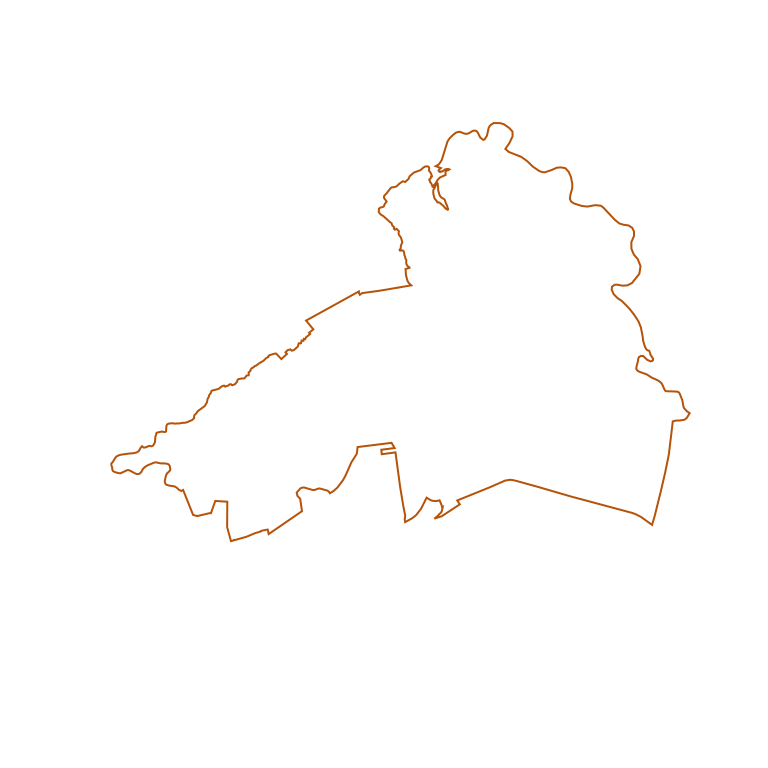 Canterbury-Bankstown, New South Wales, Australia, rotated 162°
{"feature_id": "25037944B74578967995842", "entity_name": "Canterbury-Bankstown", "entity_type": "district", "adm_level": 2, "iso_a3": "AUS", "parent_name": "Australia", "parent_adm1": "New South Wales", "projection": "orthographic", "projection_center": [151.073, -33.924], "detail": "fine", "context": "isolated", "style": "outline", "palette": "amber", "viewbox_px": 768, "rotation_deg": 162, "n_neighbors": 0, "source": "geoboundaries", "source_scale": "gbopen_adm2", "svg_char_len": 6164}
<svg xmlns="http://www.w3.org/2000/svg" viewBox="0 0 768 768"><g transform="rotate(162 384 384)"><path d="M667.9,392.6L668.3,391.4L668.4,388.1L668.9,386.2L668.7,385.0L667.1,383.3L663.9,381.2L662.2,380.5L655.0,381.4L653.8,381.2L652.0,379.8L648.4,375.9L646.6,374.5L644.4,374.2L642.1,375.2L639.4,377.8L637.2,378.9L634.0,379.7L627.9,380.2L626.0,380.2L624.6,379.7L620.9,377.5L617.2,376.3L614.2,374.7L613.5,373.7L613.1,372.4L613.6,368.8L614.5,367.7L618.1,365.9L619.5,364.5L622.3,359.9L622.7,358.8L622.7,356.6L622.2,355.6L620.1,354.0L614.8,351.3L613.0,349.2L611.8,346.8L609.8,344.9L607.8,345.3L606.0,318.4L602.4,316.1L589.1,315.0L588.5,314.6L580.6,324.9L569.4,320.5L577.4,296.4L578.1,281.8L576.3,281.7L575.0,282.1L574.8,281.7L562.1,281.2L552.5,282.0L546.9,281.8L546.4,282.3L541.7,281.8L539.6,281.5L540.0,276.9L501.3,288.4L499.2,300.7L500.9,304.4L500.6,307.7L496.2,310.3L494.6,310.8L492.0,310.3L484.4,305.1L482.6,304.7L478.2,304.8L476.8,304.1L470.6,300.0L469.6,298.3L469.2,296.8L465.4,297.7L460.1,300.0L452.6,305.3L449.0,308.7L439.0,319.8L431.7,325.8L431.0,326.9L428.6,332.2L395.0,325.7L393.7,319.8L406.9,322.3L407.8,317.9L394.2,315.4L400.5,280.9L403.4,261.6L404.4,252.8L405.0,250.9L406.2,248.7L406.6,246.1L398.8,247.6L394.6,249.1L392.7,250.2L387.2,254.0L378.6,262.7L375.4,259.0L373.7,257.8L370.5,256.5L367.1,256.2L366.6,250.1L366.8,248.8L366.1,248.9L368.4,245.1L369.3,244.3L374.2,241.7L377.7,240.4L370.0,240.4L349.1,246.1L350.3,250.6L315.0,253.1L298.7,254.7L294.3,254.1L291.9,253.2L288.8,251.4L270.0,239.0L240.9,219.2L187.8,184.7L185.2,182.7L180.7,178.2L172.6,167.2L167.6,174.4L154.2,195.9L144.2,212.5L135.0,228.7L120.9,259.2L117.7,259.0L114.0,257.9L109.6,257.2L108.1,257.5L106.4,258.3L102.3,261.8L104.3,264.4L106.0,268.1L106.2,269.9L105.3,276.4L105.7,283.3L106.1,284.8L106.9,285.7L108.4,286.5L117.4,289.8L118.6,290.6L119.0,292.3L119.5,297.6L120.2,299.7L121.2,301.3L122.8,303.2L127.2,307.1L131.1,311.9L137.3,316.7L138.9,318.4L139.4,320.6L138.4,322.6L135.4,327.3L134.3,329.6L133.2,330.8L131.0,331.3L128.8,330.5L126.3,325.8L123.6,323.2L122.0,323.0L120.8,323.5L120.3,325.0L121.5,329.4L121.4,331.0L121.5,333.6L123.2,334.8L123.8,336.2L124.3,338.7L124.2,345.1L123.4,348.8L122.2,358.4L122.6,364.7L124.6,372.3L127.0,378.9L129.3,383.9L132.0,389.2L135.2,393.3L137.8,398.4L138.3,403.4L137.1,406.1L134.1,407.1L131.7,406.5L126.8,403.8L122.0,402.6L117.0,403.4L107.1,409.9L103.6,416.8L104.1,424.5L106.4,429.9L106.9,436.2L104.9,442.5L100.5,447.5L99.1,451.9L99.7,455.9L102.4,459.2L107.1,461.5L110.6,464.0L113.7,468.8L120.8,483.8L122.6,486.5L127.8,488.8L135.8,489.9L140.8,492.2L147.4,496.9L149.7,499.7L150.0,502.7L148.1,506.6L144.6,511.8L143.1,516.0L142.2,523.2L142.8,528.7L144.7,533.1L148.5,535.2L152.6,536.3L158.9,535.7L165.6,535.6L168.0,536.6L170.5,538.6L175.1,544.5L179.0,551.8L183.3,557.6L193.7,566.2L195.9,570.1L190.3,574.4L185.1,579.9L183.8,584.3L185.6,588.5L189.6,593.9L192.9,596.2L199.0,598.3L202.4,597.4L203.9,596.6L205.4,595.1L209.3,588.4L212.8,585.5L214.2,585.5L216.3,588.7L217.2,594.5L217.9,596.0L219.3,597.0L221.5,597.3L225.9,596.2L228.3,596.4L230.5,597.5L233.8,600.4L235.8,600.8L237.9,600.8L242.0,599.3L245.7,597.4L248.7,595.0L259.7,579.4L261.8,577.5L264.3,575.8L267.5,575.2L263.2,571.8L264.8,571.2L266.1,570.3L266.2,569.7L265.3,568.3L264.8,568.1L264.1,568.6L262.6,568.1L260.0,569.1L258.8,569.2L256.5,568.7L255.5,567.9L256.7,567.5L259.2,567.6L259.6,567.3L260.1,566.3L260.8,563.8L267.0,563.1L270.0,561.5L272.6,559.2L272.2,558.3L271.1,558.5L271.0,558.3L271.5,555.3L272.6,551.5L272.8,546.5L272.1,544.0L269.6,541.1L269.3,540.2L269.3,536.9L268.9,534.0L269.1,532.1L268.9,531.1L269.1,530.3L269.5,530.0L271.2,531.8L272.5,535.1L275.0,539.1L275.6,539.7L277.1,540.2L277.4,542.0L278.3,543.9L278.6,545.3L278.3,549.8L277.4,552.6L276.8,553.7L275.3,554.8L272.9,557.4L273.1,558.2L273.7,558.4L274.3,558.1L275.4,557.6L277.1,555.7L276.8,556.7L277.0,559.3L277.2,560.6L277.8,561.9L277.6,563.0L277.9,564.0L277.6,564.6L276.1,565.1L275.2,566.6L274.3,566.5L274.1,567.0L274.5,571.1L275.3,573.0L274.4,575.3L274.3,576.3L275.3,577.6L277.5,578.1L279.6,577.7L283.2,576.1L290.0,575.9L295.4,573.7L297.5,571.3L301.5,569.6L303.2,570.9L303.8,570.9L307.5,569.8L310.7,568.2L313.0,568.0L315.7,568.6L317.1,568.3L322.2,564.8L325.3,563.1L325.9,562.6L326.5,561.0L325.1,556.7L327.5,555.1L329.3,553.0L330.4,552.7L333.1,552.9L334.6,552.3L335.7,549.6L335.8,548.8L334.8,546.3L332.7,543.8L328.3,536.2L327.1,534.6L327.2,532.5L325.9,529.8L326.6,528.8L326.2,527.6L325.5,527.4L324.1,527.7L322.6,524.7L323.6,522.8L323.7,521.3L322.6,517.9L322.8,513.0L325.1,510.5L326.4,507.5L327.7,506.9L327.5,505.8L325.7,505.6L324.4,504.7L324.2,503.2L324.8,500.1L324.5,498.4L324.9,497.0L324.4,495.1L325.3,492.9L325.6,491.0L325.5,490.2L324.9,488.5L323.8,487.1L323.8,486.6L328.0,486.7L329.5,480.5L329.8,475.0L329.3,472.6L327.6,469.4L359.6,474.1L376.7,477.2L379.4,476.3L379.7,477.9L379.3,479.8L438.5,468.4L434.3,457.8L439.4,455.9L438.8,454.4L443.7,452.5L445.1,451.0L446.3,451.7L447.3,450.0L448.9,450.8L450.3,448.4L450.7,448.3L452.5,449.1L454.5,446.2L459.2,444.1L461.5,444.2L462.2,445.8L465.1,446.0L467.9,444.6L467.0,442.6L473.9,439.4L477.2,446.3L478.8,446.7L484.2,446.8L485.6,446.0L485.7,445.4L487.9,445.1L491.5,443.3L496.6,442.2L499.9,441.0L501.3,441.0L503.3,440.1L504.4,440.1L506.3,439.0L507.1,437.7L509.2,436.8L509.7,434.6L510.1,434.1L512.1,434.5L514.4,432.8L515.6,432.5L517.4,433.2L521.1,433.6L522.1,433.0L523.1,431.5L526.0,429.8L528.6,429.7L529.0,430.0L529.4,430.9L530.8,431.4L532.3,430.7L535.9,430.6L536.3,431.7L537.3,432.0L539.9,431.7L541.9,430.7L544.0,430.5L549.8,430.9L550.4,430.6L551.5,429.0L553.7,427.4L554.8,425.7L556.4,424.3L558.1,421.2L561.4,418.4L569.6,415.7L572.0,413.8L573.8,413.1L574.6,412.0L575.1,410.2L577.9,408.9L580.9,408.8L582.2,408.5L585.1,408.6L587.4,409.3L591.2,409.8L592.7,410.4L595.1,410.9L597.4,412.1L601.2,412.9L602.9,412.5L603.8,411.5L606.0,406.2L606.6,406.0L607.8,406.2L609.9,407.4L614.8,407.9L615.7,407.6L616.4,406.0L617.6,404.8L619.8,399.5L620.4,398.8L622.6,396.8L624.5,396.6L626.3,397.7L630.8,397.4L632.3,397.9L633.4,399.6L635.1,398.6L637.9,396.0L640.5,395.3L644.3,395.7L646.7,396.4L656.4,398.1L658.7,398.1L660.2,397.9L661.9,397.2L666.1,393.6L667.9,392.6Z" fill="none" stroke="#b45309" stroke-width="2"/></g></svg>